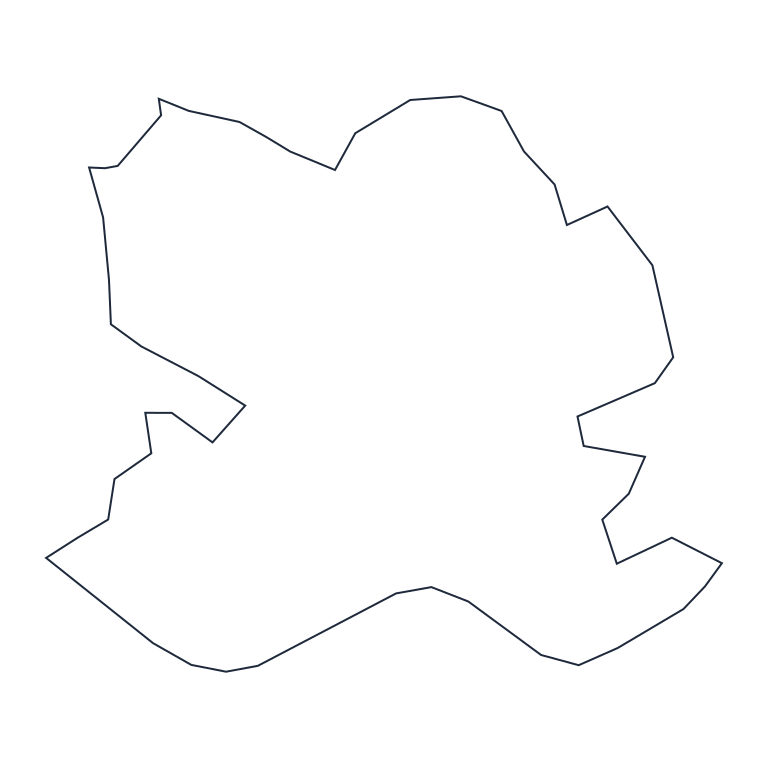 an SVG outline of Bauska
{"feature_id": "LVA-1079", "entity_name": "Bauska", "entity_type": "Municipality", "adm_level": 1, "iso_a3": "LVA", "parent_name": "Latvia", "parent_adm1": "", "projection": "albers", "projection_center": [24.265, 56.397], "detail": "fine", "context": "isolated", "style": "outline", "palette": "slate", "viewbox_px": 768, "rotation_deg": 0, "n_neighbors": 0, "source": "natural_earth", "source_scale": "10m", "svg_char_len": 806}
<svg xmlns="http://www.w3.org/2000/svg" viewBox="0 0 768 768"><path d="M721.9,563.2L705.0,586.4L683.5,609.0L617.7,648.0L578.7,665.2L541.1,655.0L468.3,601.5L431.4,587.1L396.1,593.4L257.9,665.8L227.7,671.4L226.0,671.7L191.3,664.9L153.1,643.2L46.1,557.9L77.5,537.8L108.2,519.5L114.5,479.0L151.3,453.3L145.3,412.8L171.8,412.9L212.5,442.4L245.2,405.6L198.4,376.1L141.4,346.5L110.9,324.3L109.0,280.1L103.1,217.4L89.1,167.5L105.0,168.2L117.7,165.9L161.1,115.3L158.8,98.8L188.8,110.9L239.5,122.0L265.9,136.8L290.3,151.6L335.0,170.0L355.3,133.2L410.2,100.0L460.9,96.3L501.6,111.0L524.0,151.5L554.6,184.5L566.9,225.0L607.5,206.5L652.4,265.3L673.2,357.3L654.9,383.1L577.5,416.5L583.7,446.0L645.0,456.8L628.8,493.7L602.3,519.6L616.8,563.7L671.8,537.7L721.9,563.2Z" fill="none" stroke="#1e293b" stroke-width="2"/></svg>